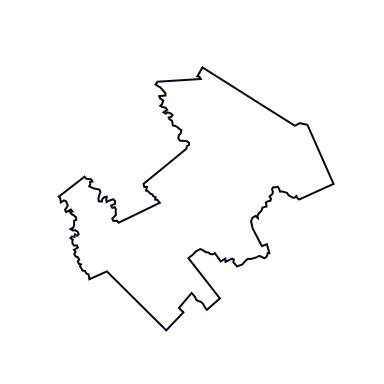 Cainguás, Misiones, Argentina, rotated 155°
{"feature_id": "61730980B26117971223788", "entity_name": "Cainguás", "entity_type": "district", "adm_level": 2, "iso_a3": "ARG", "parent_name": "Argentina", "parent_adm1": "Misiones", "projection": "robinson", "projection_center": [-54.723, -27.156], "detail": "fine", "context": "isolated", "style": "outline", "palette": "ink", "viewbox_px": 384, "rotation_deg": 155, "n_neighbors": 0, "source": "geoboundaries", "source_scale": "gbopen_adm2", "svg_char_len": 4169}
<svg xmlns="http://www.w3.org/2000/svg" viewBox="0 0 384 384"><g transform="rotate(155 192 192)"><path d="M250.6,86.6L252.1,90.4L252.8,92.4L250.2,93.6L235.0,100.6L234.2,98.0L233.6,95.4L233.8,92.7L232.4,90.5L230.4,88.8L229.4,86.3L229.1,83.7L228.8,80.9L228.3,78.9L211.7,83.8L212.4,86.8L223.2,133.5L221.8,133.9L220.7,134.2L218.1,134.7L215.7,135.7L213.3,136.6L208.7,136.8L206.9,135.0L205.0,131.7L202.8,130.3L201.6,128.0L199.6,126.8L198.1,126.8L197.1,126.9L195.7,119.3L195.3,116.9L190.0,117.5L191.1,114.5L184.0,114.7L183.9,114.6L182.6,113.2L184.2,111.0L183.7,109.2L182.7,105.5L176.8,105.1L174.4,106.3L172.0,107.3L169.5,107.8L167.2,106.5L164.6,106.0L164.4,106.0L162.1,105.6L159.5,105.6L158.7,105.6L157.8,105.6L155.8,103.1L154.4,101.4L151.8,101.8L150.3,103.2L149.3,104.6L147.7,103.9L146.2,113.1L148.8,113.2L149.5,113.3L151.5,113.4L151.6,114.8L151.7,115.5L151.7,116.2L152.4,133.1L150.9,140.4L148.1,143.1L145.1,143.4L144.6,143.4L144.5,143.2L143.3,140.6L142.6,143.0L140.3,144.4L136.9,145.7L134.6,148.1L130.6,147.4L129.4,151.2L127.1,151.5L124.7,150.9L123.2,152.5L123.6,155.2L122.2,155.6L121.8,155.7L119.8,156.3L118.6,158.1L118.3,160.8L116.3,162.0L114.3,160.9L113.5,160.8L111.9,160.5L111.7,157.8L111.9,157.1L112.0,156.1L112.2,155.3L110.2,154.4L109.8,154.2L108.0,152.6L106.2,151.0L106.1,150.1L105.9,148.3L104.4,146.1L102.8,144.0L101.3,143.5L99.2,144.2L99.0,141.6L98.0,139.9L60.3,139.5L60.2,146.0L59.6,174.0L59.0,204.0L59.3,204.3L65.1,208.8L70.8,208.6L88.8,236.5L113.6,275.2L129.9,300.5L136.1,296.1L137.7,294.9L138.2,294.6L136.6,293.3L136.3,290.7L176.6,306.5L179.3,305.1L179.6,304.9L178.2,302.6L176.6,300.5L175.4,296.6L174.4,292.6L175.2,290.6L178.8,291.9L180.7,292.6L181.2,292.7L181.3,290.1L181.1,289.9L179.4,287.1L181.0,285.3L181.9,284.3L183.9,283.6L184.2,283.6L184.4,283.5L184.2,283.2L183.0,281.6L180.2,279.4L179.8,276.9L184.1,276.3L182.8,274.3L182.8,274.2L182.3,274.2L180.4,274.4L178.7,272.9L178.5,272.7L177.0,270.0L179.0,268.8L179.6,268.9L181.6,269.3L181.7,267.3L181.6,267.2L180.1,265.2L180.3,263.8L180.6,262.8L181.2,260.3L179.1,258.9L177.6,256.6L177.2,255.5L176.7,254.3L175.5,252.5L177.6,249.8L179.9,249.1L180.5,248.2L181.7,246.4L181.3,243.7L178.1,241.9L176.8,241.2L175.3,240.3L173.9,237.9L174.7,235.9L177.3,235.7L178.8,233.6L196.6,229.0L231.5,220.1L232.5,219.8L232.8,218.4L233.1,216.8L233.1,216.7L232.4,216.4L230.8,215.6L231.2,215.1L233.0,212.7L231.2,210.7L230.7,208.4L228.9,206.6L229.0,204.5L227.2,202.7L228.6,200.7L226.7,199.6L226.5,198.5L226.3,197.7L225.8,195.8L261.4,195.3L263.1,195.3L271.4,195.2L272.2,197.6L272.4,197.7L272.6,197.7L275.6,199.1L275.5,201.6L274.9,201.8L273.0,202.5L270.6,203.4L269.8,205.7L268.3,208.8L268.3,210.8L270.0,211.1L270.9,211.3L271.1,213.9L269.1,213.9L268.8,213.9L266.7,213.9L265.6,216.1L266.4,218.7L266.6,218.7L271.1,219.2L273.7,219.0L272.7,221.8L272.1,222.5L271.3,223.7L273.8,224.4L275.0,224.0L276.1,223.6L277.7,221.4L280.4,223.0L279.7,225.2L279.6,225.6L277.1,228.7L275.1,230.6L274.8,233.1L275.7,233.9L277.7,235.4L279.8,237.0L281.3,238.8L282.7,240.6L282.1,241.1L281.0,241.9L280.2,244.1L277.9,243.6L278.1,246.1L280.3,247.5L281.0,247.9L282.3,248.7L283.0,251.3L314.0,244.2L314.7,244.1L314.4,243.1L314.1,241.9L314.5,240.6L315.3,238.1L311.6,238.5L310.1,236.9L310.1,235.4L310.2,234.4L310.2,233.2L310.3,232.2L312.4,230.8L314.6,229.5L314.6,228.9L314.5,227.0L311.8,227.2L310.2,227.2L309.2,227.3L309.0,226.3L308.6,224.9L310.7,225.3L311.1,225.4L310.5,222.9L309.0,220.7L308.4,219.3L307.9,218.2L308.6,215.7L311.0,215.7L312.0,213.7L313.0,211.6L314.9,209.8L317.5,209.7L317.4,209.6L316.5,207.6L314.8,207.0L314.1,206.7L312.5,204.5L312.5,201.7L314.6,200.9L315.9,203.1L317.5,201.1L319.7,202.4L321.0,201.8L321.6,201.6L320.6,199.8L320.2,199.2L321.4,197.7L321.9,196.2L322.1,195.6L321.4,193.2L319.7,192.6L318.9,192.3L318.9,189.9L321.4,189.6L323.4,189.4L322.8,186.9L325.0,185.4L324.9,184.5L324.6,182.8L323.1,181.2L323.1,180.9L322.8,178.6L324.8,177.3L324.8,176.7L324.9,174.8L324.7,174.7L323.2,173.3L324.9,172.1L324.5,169.5L324.5,168.3L324.4,167.0L323.3,166.3L322.3,165.7L322.3,163.9L322.3,163.1L321.5,162.1L320.6,161.0L320.8,160.1L321.1,158.6L321.9,156.3L302.7,156.0L290.3,122.3L274.9,80.5L273.8,77.5L250.6,86.6Z" fill="none" stroke="#020617" stroke-width="2"/></g></svg>